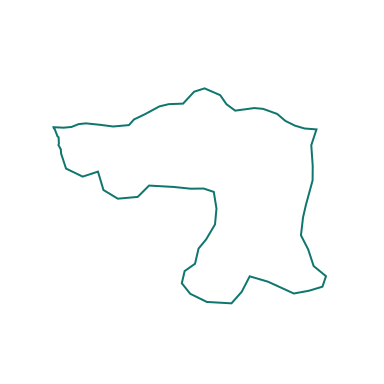 Tsakistra, Nicosia, Cyprus, rotated 13°
{"feature_id": "46923920B65404005365686", "entity_name": "Tsakistra", "entity_type": "district", "adm_level": 2, "iso_a3": "CYP", "parent_name": "Cyprus", "parent_adm1": "Nicosia", "projection": "robinson", "projection_center": [32.721, 35.001], "detail": "fine", "context": "isolated", "style": "outline", "palette": "teal", "viewbox_px": 384, "rotation_deg": 13, "n_neighbors": 0, "source": "geoboundaries", "source_scale": "gbopen_adm2", "svg_char_len": 1015}
<svg xmlns="http://www.w3.org/2000/svg" viewBox="0 0 384 384"><g transform="rotate(13 192 192)"><path d="M299.2,103.0L287.4,104.8L277.4,104.2L266.9,101.7L257.5,96.8L242.6,95.0L233.8,96.2L215.8,103.0L205.8,98.7L197.7,91.3L180.9,88.2L171.5,93.8L163.4,107.9L149.7,111.6L141.0,115.9L134.1,122.0L128.5,126.9L119.2,134.3L115.5,141.0L100.5,145.9L87.4,147.2L73.1,149.0L66.2,151.4L60.0,155.7L52.5,158.2L42.5,160.0L43.1,161.1L44.0,161.5L48.5,168.1L49.7,168.7L51.4,174.6L51.3,176.3L54.4,179.7L54.3,179.8L54.6,180.1L55.8,184.0L64.0,197.5L82.0,201.6L95.8,193.3L105.3,210.0L121.2,215.2L140.2,209.0L148.7,195.4L173.0,191.2L189.9,189.1L202.6,186.0L213.2,187.0L219.6,202.7L221.7,218.4L216.4,235.1L211.1,245.6L211.1,261.2L202.6,270.7L202.6,283.2L213.2,291.6L231.2,295.8L255.5,291.6L262.9,278.0L267.2,261.2L286.2,262.3L314.0,268.0L328.2,261.9L340.4,254.9L341.5,243.9L327.2,236.8L318.1,221.8L307.9,209.7L305.9,191.7L305.9,178.7L306.9,153.6L303.8,139.6L297.7,119.6L299.2,103.0Z" fill="none" stroke="#0f766e" stroke-width="2"/></g></svg>